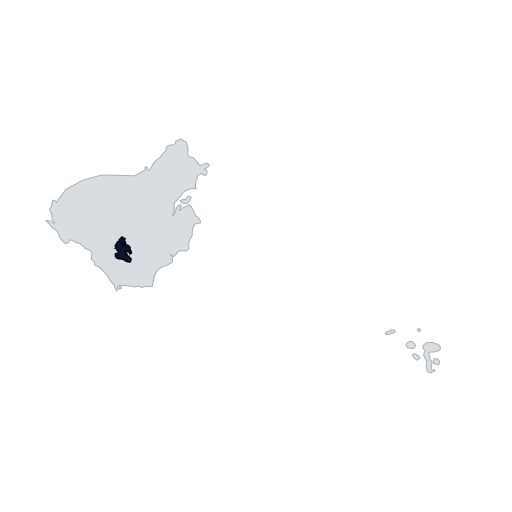 Quito, Pichincha, Ecuador (highlighted), rotated 201°
{"feature_id": "8360857B23484517950931", "entity_name": "Quito", "entity_type": "district", "adm_level": 2, "iso_a3": "ECU", "parent_name": "Ecuador", "parent_adm1": "Pichincha", "projection": "albers", "projection_center": [-78.517, -0.167], "detail": "fine", "context": "in_parent", "style": "filled", "palette": "ink", "viewbox_px": 512, "rotation_deg": 201, "n_neighbors": 0, "source": "geoboundaries", "source_scale": "gbopen_adm2", "svg_char_len": 8222}
<svg xmlns="http://www.w3.org/2000/svg" viewBox="0 0 512 512"><g transform="rotate(201 256 256)"><path d="M464.8,213.6L463.4,214.5L459.9,214.9L457.2,214.0L456.1,214.0L456.0,214.9L459.6,217.2L461.2,221.3L463.8,223.8L465.4,225.1L465.5,226.0L465.0,227.6L464.8,228.9L465.7,235.2L465.1,235.6L463.2,235.6L461.6,234.5L457.4,250.0L444.1,265.4L429.1,276.3L411.7,282.6L398.9,287.0L396.9,288.7L390.7,296.4L390.4,297.2L391.3,298.5L391.3,299.4L390.4,299.9L389.6,300.0L389.2,299.6L389.0,298.6L388.1,297.7L387.1,297.4L386.6,297.7L386.5,298.5L385.2,302.7L385.2,304.7L384.6,305.5L384.7,307.4L383.4,309.1L382.4,311.8L381.3,312.7L380.0,317.1L378.0,321.4L377.9,322.9L378.5,323.9L378.7,324.8L377.9,327.5L373.4,330.1L372.2,331.3L371.8,332.8L372.1,334.0L371.9,335.0L370.5,335.4L369.0,337.9L367.9,338.4L365.1,337.6L363.1,337.6L361.5,336.8L358.3,332.7L357.1,330.2L356.7,326.9L353.6,324.7L349.6,325.3L348.4,324.5L345.4,323.1L342.8,321.5L340.8,320.7L339.4,321.1L336.9,323.8L334.6,325.0L333.6,324.9L332.2,324.1L332.0,323.2L335.4,318.4L332.8,318.4L332.0,317.3L331.8,316.2L331.4,314.9L331.9,313.4L333.3,312.6L335.3,313.2L336.7,313.2L337.6,311.8L339.4,310.7L339.8,310.0L338.8,307.7L338.6,306.4L338.8,305.7L338.8,303.2L338.2,302.3L338.1,300.9L337.6,300.1L337.4,298.4L336.1,297.4L340.3,295.8L341.8,294.5L343.7,293.3L345.3,291.5L346.4,289.8L348.9,281.8L351.2,276.7L350.8,274.3L348.9,271.0L348.4,266.2L348.6,264.7L348.4,263.6L347.1,265.6L347.4,272.8L346.2,276.0L344.6,276.7L343.6,276.2L344.2,271.0L343.0,271.9L341.1,275.4L338.0,278.1L337.8,278.9L337.1,280.0L334.7,279.0L332.9,278.0L326.9,272.1L322.9,270.9L320.5,268.8L320.0,268.0L319.8,266.8L322.2,265.6L324.7,263.9L324.9,260.3L324.8,257.4L323.0,252.6L323.8,246.2L323.4,243.7L321.2,238.4L322.8,235.7L328.4,233.8L330.1,232.5L331.4,228.3L332.6,225.8L335.1,226.8L337.1,226.6L334.4,225.7L332.3,221.9L331.9,220.2L336.1,215.0L338.2,213.7L340.8,210.9L343.1,206.8L343.6,200.3L342.7,195.6L342.0,190.7L343.3,189.5L346.7,188.8L349.5,187.2L350.9,185.7L354.1,186.0L357.9,183.7L364.0,182.5L372.4,179.9L374.2,177.7L373.4,173.6L376.6,176.1L378.0,178.0L382.3,180.1L387.4,184.0L390.8,186.0L394.5,187.8L399.8,189.7L403.0,189.4L404.4,192.3L405.6,193.1L408.7,194.1L409.0,194.5L410.2,199.9L410.9,200.7L413.5,201.6L416.8,201.9L418.1,201.7L420.9,203.2L425.4,204.5L426.9,204.6L427.7,204.4L427.9,203.8L429.2,203.9L431.1,204.6L433.9,204.8L435.6,204.1L436.0,201.1L436.6,200.5L438.6,199.3L439.7,199.6L444.8,202.0L445.9,202.8L447.2,204.5L449.6,207.0L452.3,208.6L456.3,209.2L460.3,211.8L464.8,213.6ZM56.0,211.9L57.6,213.6L58.5,218.2L63.7,223.1L64.4,225.9L63.9,227.2L64.2,227.7L66.7,229.6L68.3,231.7L65.6,236.5L59.9,238.6L53.8,238.6L52.5,238.1L50.9,236.3L50.5,234.6L51.5,233.1L54.6,230.6L59.4,228.5L60.0,226.8L58.1,225.3L56.7,222.1L53.6,219.9L52.0,213.2L51.0,212.9L48.9,213.8L47.9,213.0L47.7,212.6L49.9,211.0L50.4,209.9L53.7,209.4L55.1,210.2L56.0,211.9ZM80.2,232.0L78.8,232.1L74.9,229.7L75.1,227.2L76.7,225.6L81.8,224.7L83.9,226.2L83.8,229.1L82.1,231.3L80.7,231.7L80.2,232.0ZM341.0,286.8L340.5,287.8L338.1,287.7L337.4,287.4L338.0,282.7L338.6,281.2L340.6,279.7L342.3,279.0L344.4,279.2L346.7,280.5L344.0,282.9L342.0,283.6L341.0,286.8ZM52.2,224.4L49.6,224.9L47.5,224.0L46.5,222.7L46.3,220.6L46.5,219.9L51.3,219.2L52.8,220.8L52.9,223.4L52.2,224.4ZM103.6,235.4L100.6,236.5L98.9,235.5L98.8,234.8L100.4,233.2L102.0,232.4L103.5,230.5L106.1,229.4L106.9,229.7L107.4,230.1L107.6,230.7L106.8,232.1L105.1,233.2L103.6,235.4ZM73.9,220.9L72.8,221.7L67.9,220.9L66.4,219.4L67.6,217.4L68.6,216.5L71.5,217.3L74.5,219.5L73.9,220.9ZM78.0,246.6L77.0,246.7L75.6,245.6L76.7,243.6L78.7,244.6L79.2,245.4L78.0,246.6ZM372.1,178.8L370.7,179.0L370.0,177.7L371.8,176.3L372.4,176.0L372.1,178.8Z" fill="#d9dde1" stroke="#a8b0b8" stroke-width="1"/><path d="M389.4,222.4L389.4,221.9L389.1,221.7L388.9,221.2L389.1,220.9L389.2,220.6L389.4,220.4L389.7,220.0L389.9,220.0L389.9,219.8L390.2,219.2L390.4,219.3L390.5,218.9L390.5,218.7L390.5,218.4L390.5,218.2L390.5,217.9L390.7,217.5L390.5,217.3L390.6,217.2L390.5,216.9L390.7,216.7L390.7,216.2L390.5,215.9L390.8,215.5L391.1,215.5L391.2,215.2L390.7,214.7L390.4,214.6L390.1,214.4L389.5,214.2L389.4,214.2L389.2,214.1L388.9,213.9L388.5,213.9L388.3,213.9L388.6,213.9L388.9,213.8L389.3,213.7L389.8,213.4L390.0,213.0L389.7,213.1L389.2,213.0L388.8,213.3L388.4,213.3L387.9,213.1L387.7,213.0L387.6,212.8L387.5,212.5L387.7,212.3L387.8,212.3L387.8,212.1L388.0,212.1L388.3,212.3L388.4,212.2L388.2,212.1L387.9,211.8L387.8,211.5L387.6,211.4L387.5,211.5L387.4,211.4L387.2,211.3L387.3,211.3L387.1,211.2L386.9,211.4L386.8,211.6L386.7,211.7L386.4,211.6L386.3,211.3L385.8,211.6L385.6,211.6L385.4,211.7L385.2,211.4L385.2,211.1L385.1,210.8L385.0,210.7L385.0,210.4L385.3,210.1L385.7,209.8L385.9,209.3L386.3,209.1L386.6,208.9L387.0,208.5L387.2,208.3L387.0,208.1L387.2,207.9L387.4,207.9L387.7,207.8L387.5,207.4L387.6,207.0L387.8,207.0L387.7,206.8L387.8,206.7L387.7,206.5L387.7,206.4L387.5,206.2L387.2,206.0L387.1,205.9L386.9,205.9L386.9,205.6L386.6,205.9L386.3,206.4L385.9,206.7L386.0,206.2L386.2,205.8L386.2,205.6L386.1,205.4L386.3,205.2L385.9,205.1L385.8,204.9L385.7,204.9L385.7,204.7L385.7,204.4L385.4,204.5L385.2,204.4L385.2,204.5L385.0,204.4L384.7,204.3L384.4,204.6L384.1,204.7L383.7,204.6L383.6,204.4L383.5,204.2L383.2,204.4L382.9,204.3L382.7,204.4L382.7,204.5L382.4,204.7L382.4,204.9L382.3,205.0L382.1,204.9L381.7,204.8L381.6,204.7L381.4,204.9L381.2,205.0L380.9,205.1L380.7,205.0L380.1,205.0L379.9,205.1L380.0,205.2L379.9,205.2L379.7,205.1L379.4,205.2L379.3,205.3L379.1,205.5L378.8,205.4L378.7,205.3L378.6,205.2L378.1,205.4L378.0,205.2L377.9,205.1L377.6,205.1L377.4,205.2L377.2,205.2L376.6,205.0L376.4,204.8L376.2,204.8L376.1,204.6L375.8,204.7L375.7,204.6L374.9,204.8L374.7,204.9L374.4,204.8L374.1,204.6L373.5,204.7L373.3,204.8L373.1,204.8L372.9,205.1L372.5,205.1L372.1,205.3L371.9,205.3L371.8,205.1L371.7,205.2L371.6,205.3L371.4,205.5L371.2,205.6L371.3,205.8L371.3,205.7L371.4,205.9L371.5,206.3L371.4,206.7L371.5,206.9L371.5,207.0L371.4,207.3L371.5,207.6L371.4,207.7L371.5,208.0L371.4,208.1L371.6,208.3L371.8,208.6L372.0,208.7L372.2,208.8L372.4,208.8L372.4,209.0L372.6,209.0L373.1,209.2L373.3,209.3L373.8,209.5L374.0,209.7L374.4,209.8L374.5,209.8L375.0,209.9L375.0,210.1L375.3,209.9L375.8,210.0L376.0,210.1L376.3,210.3L376.7,210.5L376.9,210.8L376.9,211.0L376.9,211.3L377.0,211.4L377.3,211.6L377.6,211.6L377.8,211.4L378.0,211.3L378.0,211.2L378.2,210.9L378.5,211.4L378.6,211.7L378.9,212.0L379.1,212.3L378.9,212.3L378.6,212.4L378.8,212.7L378.8,212.8L378.8,213.0L378.8,213.3L378.5,213.8L378.5,214.2L378.4,214.2L378.1,214.0L377.9,214.2L377.7,214.0L377.1,214.0L376.9,214.1L376.7,214.2L375.8,213.9L375.6,213.8L375.3,213.6L375.0,213.3L374.5,213.7L374.5,213.4L374.3,213.4L374.1,213.3L374.1,213.1L373.9,213.3L374.0,213.3L374.1,213.6L374.0,214.0L373.9,214.2L374.1,214.4L374.0,214.6L374.1,214.8L373.9,214.9L373.9,215.0L374.2,215.3L374.1,215.5L374.7,216.0L374.9,216.0L375.1,216.2L375.2,216.3L375.3,216.1L375.5,216.5L375.8,216.8L376.0,216.9L376.0,217.2L376.1,217.3L376.3,217.9L376.4,218.3L376.6,218.4L376.7,218.8L377.0,219.1L377.1,218.9L377.5,219.0L378.0,219.0L378.2,219.4L378.3,219.4L378.4,219.7L378.5,220.0L378.8,219.9L379.1,220.0L379.5,220.0L379.6,219.9L379.9,219.9L380.3,219.8L380.7,219.8L381.0,219.9L381.5,220.0L381.8,219.9L382.0,220.1L382.4,220.1L382.5,220.3L382.3,220.3L382.2,220.5L382.1,220.9L382.4,221.2L382.5,221.5L382.8,221.9L382.8,222.1L383.1,222.4L383.4,222.0L383.3,221.9L383.2,221.9L383.2,221.7L383.3,221.5L383.3,221.4L383.3,221.1L383.5,220.5L383.4,220.4L383.4,220.2L383.3,219.9L383.6,219.6L383.3,219.5L383.3,219.4L383.1,219.3L383.2,219.1L383.4,219.2L383.5,219.1L383.3,218.8L383.6,218.6L383.6,218.2L383.8,218.5L384.3,218.8L384.4,219.0L384.5,219.0L384.8,219.3L384.8,219.6L384.9,219.8L385.0,219.8L384.9,219.9L385.0,219.9L385.0,220.0L385.3,220.3L385.3,220.5L385.2,220.8L385.0,221.1L384.9,221.8L384.9,222.1L384.6,222.4L384.4,223.1L384.3,223.3L384.3,223.5L384.5,224.1L384.4,224.7L384.4,225.0L384.5,225.4L385.0,225.1L385.3,225.0L385.6,224.8L385.8,224.8L385.9,224.5L386.0,224.5L386.0,224.8L386.2,225.0L386.4,225.3L386.5,225.3L386.8,225.6L387.0,225.8L387.4,225.8L387.7,225.5L388.0,225.5L388.3,225.3L388.3,225.0L388.6,224.4L388.5,224.0L388.6,223.8L388.7,223.7L388.9,223.6L389.1,222.8L389.4,222.4Z" fill="#0f172a" stroke="#020617" stroke-width="1.5"/></g></svg>